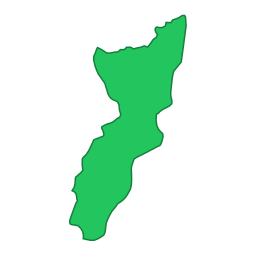 Radfan, Lahij, Yemen (Equal Earth projection), rotated 269°
{"feature_id": "15242507B45884450184914", "entity_name": "Radfan", "entity_type": "district", "adm_level": 2, "iso_a3": "YEM", "parent_name": "Yemen", "parent_adm1": "Lahij", "projection": "equal_earth", "projection_center": [44.984, 13.489], "detail": "fine", "context": "isolated", "style": "filled", "palette": "green", "viewbox_px": 256, "rotation_deg": 269, "n_neighbors": 0, "source": "geoboundaries", "source_scale": "gbopen_adm2", "svg_char_len": 3845}
<svg xmlns="http://www.w3.org/2000/svg" viewBox="0 0 256 256"><g transform="rotate(269 128 128)"><path d="M232.9,167.9L229.5,167.3L227.8,164.0L227.9,160.4L228.4,159.3L228.5,158.8L227.8,157.4L226.8,157.0L225.3,156.9L224.5,157.1L222.9,157.7L220.8,159.1L218.1,157.8L216.2,154.9L213.7,153.1L211.7,151.6L211.1,151.2L208.7,149.1L209.8,145.6L208.5,142.2L208.3,140.7L207.9,138.5L207.0,134.8L207.8,133.6L208.8,131.8L208.7,130.0L208.7,128.0L206.4,125.6L206.5,121.8L204.3,119.3L204.0,115.5L203.5,112.8L203.2,111.8L203.4,108.0L205.4,105.2L207.3,102.1L209.0,98.9L208.3,98.6L208.2,98.5L207.5,98.1L207.3,98.0L206.4,97.6L205.4,97.3L204.3,96.9L203.3,96.5L202.4,96.1L201.5,95.6L200.6,95.2L199.6,95.0L198.6,94.9L197.5,94.9L196.5,94.9L195.5,95.1L194.4,95.3L193.5,95.6L192.4,95.8L191.3,96.0L190.3,96.3L189.4,96.5L188.5,96.9L187.4,97.3L186.2,97.7L185.1,98.2L184.1,98.6L183.1,99.0L182.1,99.5L181.1,100.2L180.1,100.9L179.3,101.5L178.3,102.1L177.3,102.8L176.4,103.3L175.3,104.1L174.5,104.8L173.5,105.3L172.6,105.8L171.6,106.1L170.6,106.2L169.5,106.6L168.5,106.9L167.5,107.2L166.5,107.5L165.4,107.8L164.3,108.1L163.4,108.4L162.4,108.7L161.5,109.1L160.6,109.6L159.6,110.2L158.6,110.9L157.7,111.7L157.0,112.8L156.4,113.8L155.8,115.1L155.3,116.2L154.9,117.4L154.1,118.0L153.2,118.5L152.2,119.0L151.2,119.3L150.3,119.5L149.2,119.6L148.2,119.6L147.2,119.7L146.2,119.7L145.1,120.0L144.2,120.3L143.3,120.6L142.2,120.8L141.3,120.8L140.3,120.6L139.3,120.0L138.6,119.2L138.1,118.1L137.5,117.1L136.8,116.2L136.1,115.5L135.3,114.5L134.7,113.5L134.1,112.6L133.6,111.5L133.1,110.3L132.8,109.1L132.6,107.9L132.1,106.7L131.2,104.6L130.4,103.1L129.9,102.2L129.6,101.8L129.1,101.6L128.7,101.7L127.8,101.9L126.9,102.4L126.0,102.8L125.0,103.1L124.0,103.4L123.0,103.6L121.9,103.7L120.8,103.5L120.1,102.7L119.7,101.6L119.3,100.4L118.9,99.2L118.4,97.9L118.0,96.8L117.6,95.7L117.1,94.5L116.5,93.4L115.5,93.0L114.6,92.6L113.6,92.2L112.6,91.6L111.7,91.2L110.8,90.8L109.6,90.2L108.4,89.6L107.4,89.1L106.3,88.5L105.3,87.9L104.3,87.2L103.2,86.5L102.3,85.8L101.5,85.1L100.8,84.3L100.0,83.4L99.2,82.6L98.3,82.0L97.4,81.7L96.3,81.7L95.4,81.7L94.4,81.7L93.4,81.6L92.4,81.6L91.4,81.6L90.5,81.7L89.5,81.8L88.5,82.0L87.5,82.1L86.5,82.0L85.7,81.5L84.9,80.7L84.1,80.0L83.4,79.2L82.7,78.3L82.0,77.5L81.6,77.0L81.2,76.6L80.5,75.7L79.6,74.8L78.7,74.5L77.7,74.5L76.7,74.3L75.8,74.3L74.8,74.2L73.8,74.1L72.9,74.0L71.7,73.7L70.7,73.5L69.4,73.0L66.3,71.0L65.0,73.5L63.5,74.5L62.7,75.1L57.5,75.7L57.2,76.0L56.7,76.1L56.3,76.1L55.9,76.0L55.4,75.7L55.1,75.5L54.6,75.2L54.2,74.9L53.9,74.7L40.2,69.4L36.7,68.2L34.9,68.1L34.4,68.2L33.3,68.4L32.8,68.9L32.6,69.4L32.4,70.0L32.3,70.6L32.3,70.9L32.1,71.9L32.1,72.2L32.0,72.4L31.8,73.2L31.7,73.8L31.6,74.3L31.5,74.9L31.4,75.4L31.3,75.9L31.3,76.0L30.6,76.9L29.7,77.8L28.8,78.7L28.0,79.4L26.8,79.9L25.5,80.8L24.1,81.1L21.8,81.5L21.5,81.5L18.2,81.5L18.1,81.4L17.2,84.9L16.4,88.6L16.4,92.4L17.7,95.8L19.4,99.0L21.4,101.9L24.1,103.2L27.3,103.8L30.3,104.1L33.5,104.7L36.4,105.8L39.2,107.1L41.9,108.6L44.6,110.1L47.2,112.3L49.8,114.5L52.4,116.3L54.3,119.3L56.4,122.1L58.8,124.3L61.5,126.3L64.3,127.9L67.1,129.4L69.9,130.1L73.0,130.5L76.1,130.7L79.1,130.7L82.1,130.7L85.0,130.6L87.9,130.6L91.0,131.3L93.9,132.4L96.8,133.5L98.8,136.6L100.4,140.1L102.0,143.3L103.5,146.5L105.2,149.7L106.9,153.2L108.6,156.4L109.3,158.1L110.3,160.0L113.2,161.4L116.0,162.2L118.9,162.9L121.7,162.6L124.0,160.2L126.6,158.3L129.6,157.0L132.5,156.5L135.6,156.2L138.5,156.4L141.3,156.7L142.2,158.6L143.8,160.0L145.9,163.0L147.6,166.5L149.2,169.7L151.5,172.2L154.4,172.4L157.4,171.7L160.4,171.3L163.3,171.4L166.2,171.7L169.2,172.1L172.4,172.5L175.2,172.9L178.3,173.3L181.3,174.0L184.1,174.8L189.9,179.7L193.1,182.4L229.3,187.9L238.1,187.4L239.5,186.6L239.6,184.5L238.2,181.9L237.7,181.6L237.0,179.8L236.4,178.2L235.2,174.5L232.6,172.8L232.9,167.9Z" fill="#22c55e" stroke="#15803d" stroke-width="1.5"/></g></svg>